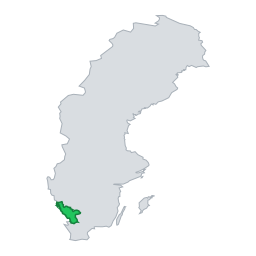 where Halland sits in Sweden
{"feature_id": "SWE-187", "entity_name": "Halland", "entity_type": "County", "adm_level": 1, "iso_a3": "SWE", "parent_name": "Sweden", "parent_adm1": "", "projection": "natural_earth1", "projection_center": [12.697, 56.977], "detail": "fine", "context": "in_parent", "style": "filled", "palette": "green", "viewbox_px": 256, "rotation_deg": 0, "n_neighbors": 0, "source": "natural_earth", "source_scale": "10m", "svg_char_len": 6346}
<svg xmlns="http://www.w3.org/2000/svg" viewBox="0 0 256 256"><path d="M50.0,177.7L51.1,179.8L53.3,179.6L54.3,178.0L55.4,173.4L53.9,168.3L55.9,166.6L57.2,163.8L60.3,163.0L64.4,159.7L64.8,156.4L65.7,154.0L62.2,146.6L61.9,144.8L67.3,143.8L69.5,139.0L65.8,135.9L60.2,132.9L62.1,123.6L59.7,118.5L60.1,116.4L59.7,113.2L61.1,111.8L58.3,107.1L61.0,103.8L60.5,102.1L68.3,95.5L73.5,94.3L83.0,95.3L85.3,92.7L85.4,91.3L84.4,88.0L79.1,86.1L84.8,80.2L89.3,74.5L90.1,69.0L91.2,66.6L90.0,61.2L96.1,60.6L101.5,58.4L100.7,55.5L112.6,46.5L112.9,44.9L112.0,43.4L109.1,40.6L109.8,39.4L113.0,38.6L114.6,37.4L116.9,33.2L123.3,30.0L130.6,32.1L133.6,28.4L133.3,23.3L135.9,22.8L155.3,26.0L158.5,24.1L155.1,23.1L158.3,21.0L159.2,19.8L159.5,18.3L159.3,17.5L156.5,15.6L162.6,15.4L165.9,16.2L166.3,17.4L179.7,23.4L190.2,25.8L193.3,27.5L194.5,29.4L196.1,29.5L198.2,31.3L200.2,32.3L198.7,33.5L198.8,36.4L199.4,37.7L198.6,40.1L202.0,40.7L202.6,42.2L200.9,43.7L201.2,45.3L205.9,50.4L204.8,52.0L204.6,54.1L202.7,55.6L202.5,57.2L203.0,59.3L203.7,60.2L205.7,60.9L209.1,66.4L205.9,66.8L203.4,66.0L197.6,66.7L196.2,67.5L191.6,65.4L189.1,66.6L187.3,65.5L186.1,67.3L185.8,69.7L183.7,69.5L184.5,70.5L181.7,70.8L181.5,71.2L182.1,71.8L181.3,72.5L177.4,72.8L176.9,73.6L178.1,74.5L178.1,75.1L175.6,74.2L177.4,76.0L177.8,77.3L172.6,82.4L174.5,83.8L176.1,86.7L177.7,88.0L177.1,89.4L171.7,92.6L168.7,97.7L161.9,101.0L158.2,101.9L155.9,104.3L153.1,103.5L153.1,104.9L151.3,104.0L149.9,106.2L147.4,108.0L144.6,107.6L144.3,107.9L145.2,108.5L142.0,108.9L141.1,110.8L138.8,111.3L138.4,111.9L140.8,112.0L140.3,113.6L137.6,114.3L136.7,115.3L135.5,115.3L135.7,114.5L133.9,114.6L133.3,113.7L132.9,113.9L134.2,116.4L133.4,117.4L135.1,118.4L130.2,120.9L127.2,119.9L126.8,120.7L127.5,122.8L130.1,124.4L128.6,125.5L127.0,130.5L128.3,133.5L124.8,132.8L125.1,134.0L124.0,135.3L124.5,137.2L124.2,138.5L125.0,139.7L124.6,140.2L125.2,145.6L126.3,148.0L126.0,149.8L127.4,150.8L130.4,151.0L131.3,152.6L135.1,151.7L137.9,154.7L143.1,157.3L142.9,159.0L146.2,160.2L148.2,162.5L149.0,164.4L148.8,165.6L143.8,168.8L139.9,170.9L135.9,172.3L136.1,172.8L138.1,173.0L143.0,171.4L144.4,172.8L141.8,173.4L141.3,175.3L140.2,176.5L129.5,180.7L128.1,182.0L123.3,184.1L114.6,184.0L113.3,184.4L120.8,185.3L122.7,186.9L119.1,187.9L120.7,191.6L119.8,192.5L119.9,196.6L118.6,196.7L118.1,198.4L118.8,202.6L119.5,203.7L119.2,204.9L117.2,207.7L118.0,211.1L115.7,217.2L113.2,220.8L111.2,225.6L108.9,227.2L106.3,226.2L102.3,226.8L95.0,226.6L94.1,227.1L94.6,228.8L92.0,228.5L87.5,232.3L87.3,234.0L89.2,237.5L87.0,239.8L82.0,239.2L75.5,240.6L69.7,239.5L70.4,238.3L70.8,233.7L64.1,224.4L67.3,225.3L68.5,224.8L66.6,221.8L69.3,221.6L70.1,220.5L69.6,218.8L67.4,218.0L65.5,215.3L63.5,213.8L59.9,208.4L58.6,204.6L57.4,205.0L56.3,200.7L54.4,200.0L54.0,195.7L52.0,195.2L50.7,193.2L50.5,189.5L48.1,189.0L48.4,187.2L47.6,180.6L46.9,178.5L47.5,177.0L48.8,176.8L50.0,177.7ZM151.3,198.0L150.3,198.4L149.7,199.6L147.9,200.2L147.8,204.0L149.4,205.5L147.8,206.1L146.7,208.1L143.8,209.5L142.6,210.8L142.1,212.6L139.5,213.6L141.3,210.8L138.8,207.6L139.4,206.5L139.1,202.8L144.2,198.1L146.6,197.5L147.7,198.1L148.2,196.9L149.0,196.7L151.3,198.0ZM118.3,224.4L117.0,225.2L116.6,224.0L116.6,219.6L119.4,214.4L120.7,213.9L124.1,206.8L124.5,206.4L125.7,206.8L124.8,207.5L124.9,208.7L122.7,212.5L122.2,215.0L121.4,215.6L118.3,224.4ZM152.3,196.5L152.1,197.6L150.8,196.7L152.0,195.5L154.6,195.9L152.3,196.5ZM145.4,169.3L143.7,171.0L143.4,170.3L143.7,169.5L145.4,169.3ZM142.0,177.8L141.1,177.9L141.7,176.8L142.8,176.5L142.0,177.8Z" fill="#d9dde1" stroke="#a8b0b8" stroke-width="1"/><path d="M70.0,221.2L70.3,220.7L70.4,220.3L70.3,220.0L69.9,219.2L69.7,218.5L69.5,218.2L69.1,218.2L68.7,218.2L68.2,218.3L67.8,218.3L67.6,218.3L66.9,217.7L66.7,217.1L66.5,216.9L66.3,216.8L66.1,216.5L65.8,215.9L65.9,215.5L65.8,215.3L65.0,214.9L64.9,214.8L64.9,214.7L64.6,214.6L64.3,214.2L64.1,214.1L63.7,214.0L63.3,213.9L62.9,213.7L62.6,213.5L62.5,213.2L62.4,212.9L62.5,212.8L62.6,212.6L62.5,212.3L62.5,212.2L62.4,212.0L62.3,211.9L61.9,211.7L61.5,211.5L61.2,211.2L61.1,210.9L60.8,210.7L61.0,210.4L61.0,210.2L60.6,209.7L60.5,209.2L60.4,209.1L60.0,209.1L59.9,209.0L60.3,208.8L60.4,208.6L60.0,208.5L59.7,208.5L59.5,208.4L59.2,208.2L59.6,208.2L59.8,208.2L60.0,208.1L59.8,208.0L59.6,208.0L59.2,208.0L59.2,207.9L59.3,207.8L59.4,207.6L59.5,207.5L59.8,207.5L59.9,207.4L59.8,207.2L59.7,206.8L59.6,206.7L59.4,206.6L59.4,206.4L59.2,206.3L58.9,206.4L58.6,206.3L58.7,206.0L59.1,205.8L59.3,205.5L58.7,205.5L59.0,205.4L59.1,205.2L58.7,204.4L58.4,204.5L58.2,204.6L58.0,204.8L57.8,206.0L57.6,206.3L57.5,206.0L57.2,206.1L57.2,205.6L56.9,205.6L56.6,205.5L56.8,205.4L56.8,205.1L56.7,204.9L56.6,204.6L56.7,204.3L56.8,204.1L57.0,204.0L57.2,203.9L56.7,203.7L56.8,203.6L57.0,203.5L56.7,203.4L56.8,203.0L56.8,202.3L57.3,202.3L58.8,202.5L59.8,202.3L61.9,201.7L62.3,202.3L62.3,202.5L62.3,202.8L62.3,203.1L62.3,203.6L62.4,203.9L62.7,204.2L63.1,204.5L63.3,204.7L63.4,204.8L63.4,205.1L63.4,205.3L63.2,205.6L63.1,205.9L63.2,206.2L63.7,207.0L63.8,207.2L64.0,207.3L64.3,207.3L64.5,207.3L64.7,207.2L64.9,207.0L65.0,206.9L65.1,206.7L65.8,206.3L65.9,206.2L66.4,206.3L66.8,206.3L67.0,206.4L67.2,206.5L67.8,207.1L68.1,207.2L68.3,207.2L68.6,207.1L68.8,207.1L69.0,207.2L69.1,207.3L69.4,207.4L70.4,207.5L70.5,207.5L70.5,207.8L70.2,208.3L70.2,208.5L70.3,208.7L70.5,208.8L70.9,208.9L71.4,209.0L71.5,209.0L71.8,209.3L72.7,209.6L72.5,209.8L72.4,209.9L72.4,210.1L72.3,210.4L72.4,210.6L72.5,210.8L72.8,211.2L73.0,211.5L73.3,211.5L73.5,211.4L73.8,211.1L74.1,210.9L74.3,210.8L74.3,210.7L74.5,210.5L76.4,210.2L76.6,210.2L76.8,210.2L77.2,210.3L77.6,210.4L77.8,210.5L78.0,210.6L78.5,210.8L78.8,210.9L79.0,211.1L79.1,211.3L79.1,211.6L79.2,211.9L79.7,212.2L80.4,212.5L80.4,212.9L80.4,213.0L80.2,213.4L79.9,213.6L79.7,213.7L79.4,213.8L78.3,214.1L77.8,214.3L77.6,214.3L76.7,214.3L76.1,214.5L75.8,214.5L75.7,214.6L75.5,214.9L75.4,215.1L75.4,215.4L75.4,215.8L75.4,216.7L75.4,217.0L75.3,217.3L75.6,217.6L75.9,217.9L76.7,219.0L77.0,219.5L77.1,219.8L77.2,220.3L77.2,220.6L77.2,220.8L77.2,221.1L77.3,221.2L77.5,221.7L77.9,222.1L77.2,222.0L76.8,222.1L76.4,222.2L75.4,222.6L75.1,222.8L74.8,223.0L74.6,223.3L74.3,223.5L74.0,223.6L73.7,223.6L73.4,223.4L73.2,223.3L71.4,223.0L71.0,222.9L70.9,222.8L70.9,222.7L70.9,222.4L71.0,222.3L71.0,222.2L71.0,221.9L70.9,221.8L70.2,221.5L70.0,221.2L70.0,221.2Z" fill="#22c55e" stroke="#15803d" stroke-width="1.5"/></svg>